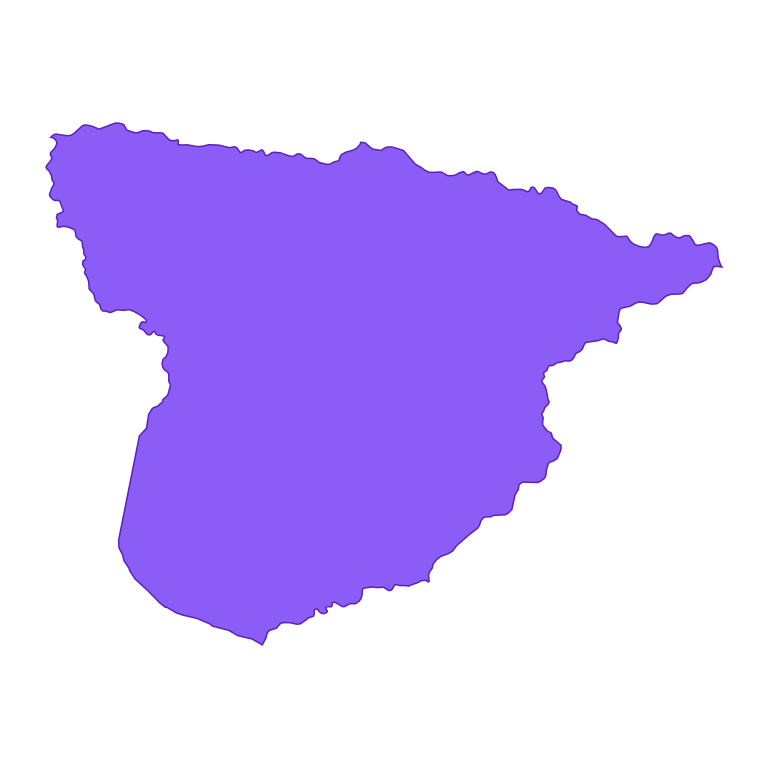 outline of San Martín Jilotepeque, Chimaltenango, Guatemala
{"feature_id": "79465075B81292522353259", "entity_name": "San Martín Jilotepeque", "entity_type": "district", "adm_level": 2, "iso_a3": "GTM", "parent_name": "Guatemala", "parent_adm1": "Chimaltenango", "projection": "albers", "projection_center": [-90.767, 14.829], "detail": "fine", "context": "isolated", "style": "filled", "palette": "violet", "viewbox_px": 768, "rotation_deg": 0, "n_neighbors": 0, "source": "geoboundaries", "source_scale": "gbopen_adm2", "svg_char_len": 6055}
<svg xmlns="http://www.w3.org/2000/svg" viewBox="0 0 768 768"><path d="M408.9,586.1L409.9,585.4L417.4,582.8L421.7,580.6L426.3,580.3L427.6,581.9L429.1,581.4L428.6,575.2L429.2,572.6L432.4,567.8L433.0,564.2L436.0,560.3L440.8,556.3L448.5,553.6L452.8,550.9L455.8,546.7L458.1,544.3L469.3,534.6L477.7,528.1L479.4,525.4L481.1,520.5L483.2,517.9L484.8,517.0L490.5,516.8L494.0,515.3L504.8,514.8L506.8,514.1L509.7,511.8L511.9,509.3L514.9,495.6L516.2,492.7L518.3,489.6L518.9,485.4L519.7,484.1L522.5,482.1L537.8,482.5L540.1,481.5L544.1,478.6L545.1,477.1L545.9,475.0L546.5,469.5L548.3,463.6L549.6,462.2L553.2,461.0L557.3,458.5L560.5,451.0L561.1,448.2L560.9,445.1L553.6,439.0L552.1,437.0L552.0,435.2L550.9,432.7L547.6,431.3L542.8,425.3L542.6,422.6L543.2,417.8L541.6,414.0L543.4,411.4L544.8,407.7L548.5,403.8L549.1,401.6L547.7,398.6L547.6,396.4L545.7,388.0L544.9,386.0L541.8,381.8L542.2,380.0L544.6,376.9L543.6,374.0L544.0,372.3L546.9,370.4L548.3,366.5L549.8,365.7L552.9,365.4L557.1,362.7L560.3,362.3L565.1,360.8L568.5,361.1L571.4,360.5L573.6,358.0L575.4,354.2L576.6,353.0L579.8,351.5L582.2,349.3L584.2,344.6L585.9,342.4L597.2,340.8L603.3,338.9L605.5,339.5L608.5,341.3L612.5,341.8L616.0,343.4L617.0,342.6L618.4,337.6L618.6,333.4L619.3,332.0L620.7,330.7L621.4,328.9L620.2,326.0L617.4,322.5L619.0,312.4L620.2,308.9L622.0,308.0L630.2,306.2L635.4,303.2L638.7,302.1L642.9,302.3L651.1,304.1L656.6,303.8L658.6,302.6L664.7,297.1L667.0,295.6L671.6,294.2L679.9,294.0L682.7,293.4L686.7,288.4L691.1,284.1L693.0,283.3L698.1,282.9L701.4,282.1L706.2,279.7L710.7,274.4L712.5,269.0L713.5,267.2L715.2,266.4L716.9,266.4L721.9,267.0L720.5,264.8L718.6,259.2L718.1,257.2L717.6,250.4L716.5,247.4L713.3,244.6L710.9,243.2L709.3,242.8L698.1,245.3L695.4,244.8L690.6,237.0L689.0,235.6L684.6,235.6L680.0,237.7L677.6,237.7L674.7,236.4L670.6,233.1L668.2,233.3L664.4,235.0L661.4,235.0L657.0,233.8L655.5,234.3L654.1,236.2L651.3,243.2L648.8,246.5L645.6,247.4L640.3,246.7L634.5,244.5L631.6,242.6L629.5,240.4L627.6,237.2L626.4,236.2L618.2,236.8L616.1,235.9L604.5,224.3L598.0,220.2L596.5,219.5L591.9,218.9L585.8,215.3L580.8,214.4L579.2,213.7L576.7,210.4L577.3,206.4L575.9,205.2L574.2,204.9L571.6,203.3L570.2,202.1L561.4,199.4L558.9,196.2L556.4,191.0L554.8,189.1L552.3,187.9L547.7,187.4L545.0,188.1L542.4,191.9L541.4,193.1L540.0,193.8L538.3,193.6L535.0,188.6L533.9,187.5L532.5,187.0L530.8,187.8L529.6,190.7L527.5,191.7L522.3,189.6L520.7,189.4L514.0,189.4L508.8,190.1L497.9,181.8L495.3,174.6L493.3,172.6L491.7,172.0L489.9,172.1L486.3,173.9L484.5,174.1L483.1,173.9L477.5,171.4L475.6,171.7L468.3,175.2L466.3,174.5L464.6,172.3L463.0,171.6L459.4,172.8L455.4,175.0L452.9,175.6L449.5,175.8L447.2,175.4L441.6,172.2L439.6,172.0L431.3,172.5L428.9,172.1L424.9,170.3L421.4,167.6L415.2,164.1L403.5,150.5L392.7,147.2L389.7,146.9L385.7,147.4L380.9,150.4L374.4,149.4L372.7,149.0L370.7,147.7L365.9,143.4L364.1,142.6L360.6,142.3L360.2,144.2L357.0,148.0L353.4,150.0L345.6,152.3L342.3,154.1L340.4,155.9L338.8,160.7L333.8,162.0L329.7,164.3L327.0,164.4L319.7,162.7L314.9,159.2L313.5,158.6L305.7,158.2L300.9,154.3L299.3,153.9L297.1,154.0L293.6,156.2L292.3,156.3L289.0,155.9L280.5,152.8L273.9,152.2L271.9,152.7L267.7,155.5L265.4,155.3L263.4,151.1L261.8,149.8L257.1,152.3L255.6,152.2L252.9,150.7L248.2,149.9L244.7,150.3L241.5,152.4L239.9,152.2L237.0,148.0L235.6,147.1L234.0,146.8L229.6,147.7L218.7,145.1L208.7,144.7L202.4,146.3L197.1,146.6L187.3,144.8L181.2,145.0L178.0,144.5L178.4,141.5L177.7,139.8L174.3,140.7L171.1,140.7L168.9,139.6L163.2,133.4L161.4,132.9L152.7,132.6L149.6,131.1L146.3,130.6L142.5,130.8L138.1,132.6L134.5,132.7L127.4,130.3L126.4,129.3L124.0,125.0L122.5,124.0L118.5,123.1L115.1,123.1L99.0,129.2L92.1,126.3L87.1,125.1L84.4,124.9L82.1,126.0L73.8,133.6L70.8,135.4L66.7,135.7L56.2,134.1L53.9,134.6L52.4,135.7L50.8,137.3L52.7,137.6L55.2,139.4L56.7,141.9L56.7,144.1L54.8,148.2L50.5,152.7L50.4,154.8L51.4,156.4L51.7,158.7L51.0,160.2L46.6,165.7L46.1,167.1L46.8,168.9L49.0,170.8L51.5,175.7L51.9,179.2L52.4,180.6L53.7,182.1L54.0,183.9L51.2,189.3L50.8,191.3L49.9,192.9L49.5,194.8L50.0,196.4L53.1,199.7L55.1,200.5L58.7,200.4L59.9,201.5L63.4,210.9L62.2,212.2L57.2,214.3L56.4,218.0L57.4,219.7L57.6,221.4L57.0,225.8L57.6,227.1L59.7,227.2L63.4,226.2L68.6,227.2L74.2,229.6L75.1,231.0L76.1,236.5L78.1,238.8L81.0,240.5L82.2,241.8L82.6,247.2L83.6,249.3L84.1,254.6L85.4,256.2L85.9,257.8L85.7,259.2L83.0,261.0L82.6,264.2L83.4,266.1L85.7,269.3L84.5,272.2L85.0,273.9L86.8,276.4L88.7,281.6L89.2,289.1L93.7,293.9L95.3,300.4L96.4,301.9L99.2,304.2L99.9,305.3L101.0,309.2L102.9,311.0L106.0,311.2L110.3,312.6L117.2,309.7L123.8,310.4L129.1,309.6L134.2,311.6L140.9,315.4L145.8,319.5L146.4,320.7L145.6,322.5L143.2,321.8L141.4,322.2L139.5,325.7L139.3,327.7L140.4,328.9L142.4,329.3L143.5,330.1L147.3,334.4L148.8,334.9L150.9,334.5L153.1,331.6L154.5,331.6L156.1,334.3L158.6,335.3L163.7,336.0L164.7,337.1L163.0,339.9L163.8,341.6L167.3,345.6L168.2,347.4L167.8,352.6L165.9,357.1L164.2,358.1L163.0,359.5L162.0,363.7L162.9,367.4L164.0,369.4L167.5,372.1L168.3,373.2L168.8,374.7L168.8,381.4L170.5,385.0L167.8,395.1L162.8,399.7L162.7,401.7L157.3,406.4L153.5,407.6L151.6,409.4L148.7,414.4L146.5,428.2L139.4,435.9L118.6,540.2L119.0,547.8L122.5,554.6L124.0,560.8L129.1,568.3L129.6,570.5L135.1,579.0L147.6,590.4L160.1,603.2L165.2,607.2L166.8,607.3L176.4,612.9L182.9,615.1L196.9,618.4L209.6,623.8L212.7,626.2L228.6,630.3L238.0,635.7L252.1,639.0L262.3,644.9L265.9,638.1L266.7,634.4L267.7,632.4L269.1,630.8L270.6,630.0L276.6,628.1L279.9,624.0L281.1,623.1L284.4,622.6L289.9,622.7L296.7,624.2L300.1,623.9L303.4,621.8L308.3,618.0L313.6,616.1L314.2,613.9L314.3,610.7L314.9,609.4L317.0,608.9L319.6,612.0L321.4,613.3L323.4,613.6L325.9,613.0L327.2,611.9L327.1,610.5L326.1,609.2L326.0,607.3L327.6,606.6L331.3,606.8L332.3,605.1L331.9,603.1L333.5,602.2L336.0,602.8L342.4,606.6L344.2,606.7L350.1,603.7L355.5,603.7L359.3,601.0L360.9,598.8L362.1,595.1L362.3,590.3L363.5,588.2L372.1,587.0L378.2,587.6L382.5,587.2L383.8,587.4L388.7,590.6L390.8,590.4L392.1,589.4L394.8,584.8L396.1,584.7L400.1,585.6L405.6,585.6L408.9,586.1Z" fill="#8b5cf6" stroke="#5b21b6" stroke-width="1.5"/></svg>